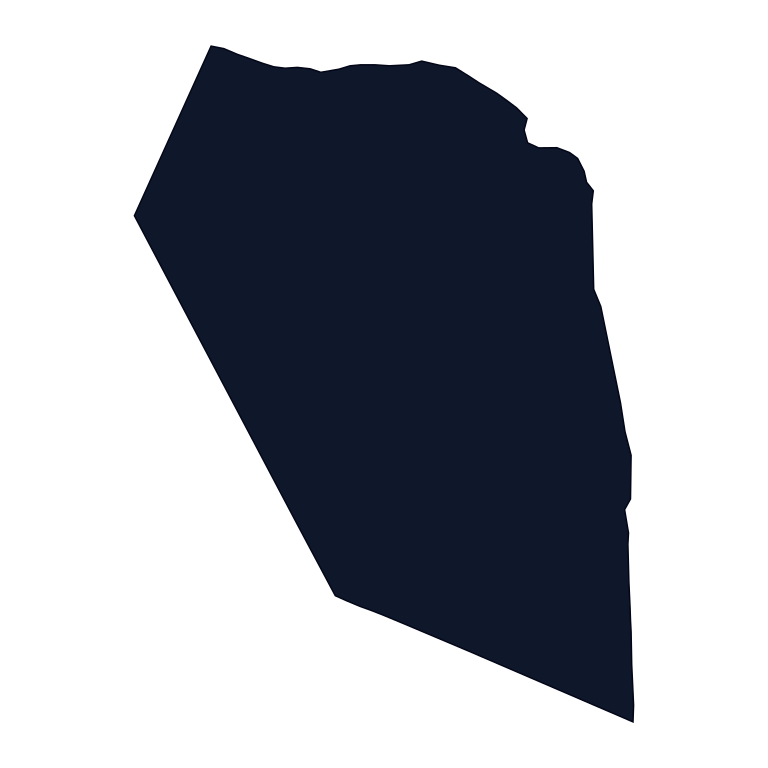 the district of Guamaré, Rio Grande do Norte, Brazil
{"feature_id": "56859067B92997995689040", "entity_name": "Guamaré", "entity_type": "district", "adm_level": 2, "iso_a3": "BRA", "parent_name": "Brazil", "parent_adm1": "Rio Grande do Norte", "projection": "mercator", "projection_center": [-36.327, -5.185], "detail": "fine", "context": "isolated", "style": "filled", "palette": "ink", "viewbox_px": 768, "rotation_deg": 0, "n_neighbors": 0, "source": "geoboundaries", "source_scale": "gbopen_adm2", "svg_char_len": 854}
<svg xmlns="http://www.w3.org/2000/svg" viewBox="0 0 768 768"><path d="M527.1,118.5L516.6,107.9L506.4,100.2L496.8,93.3L478.7,82.6L470.0,76.9L455.5,67.8L439.2,65.2L421.7,61.1L409.1,64.8L389.4,65.8L374.7,64.8L360.7,64.8L350.1,65.8L338.9,69.2L320.8,72.3L310.2,68.8L297.4,67.4L285.0,68.2L273.8,66.8L262.6,63.3L251.0,59.1L237.0,54.2L223.8,48.6L211.1,46.1L134.4,215.7L296.4,522.7L335.3,595.7L346.9,600.9L360.1,606.4L370.1,610.0L381.7,614.5L402.6,623.2L467.5,650.6L482.6,657.1L633.0,721.9L633.6,705.3L631.7,664.3L631.1,631.9L630.5,620.2L630.1,608.4L628.9,582.1L627.9,544.2L628.5,532.9L624.6,509.6L630.5,499.0L631.1,455.3L625.0,431.7L620.5,402.8L600.8,306.5L593.7,289.3L591.7,204.0L593.3,190.8L586.6,182.3L584.1,171.2L577.6,158.4L569.5,152.5L556.9,147.7L538.7,147.9L527.6,142.8L524.1,130.0L527.1,118.5Z" fill="#0f172a" stroke="#020617" stroke-width="1.5"/></svg>